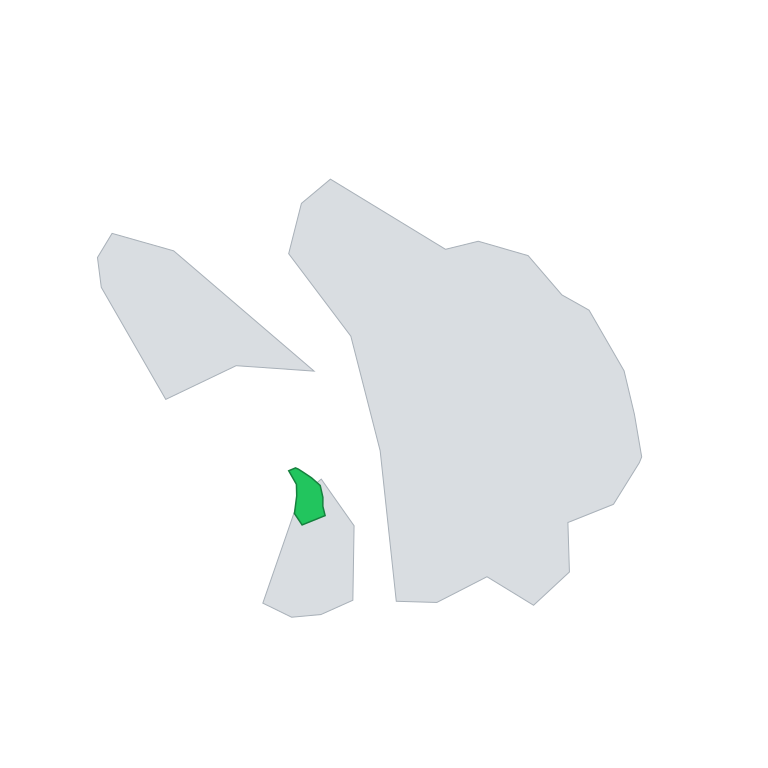 where Central and Western sits in Hong Kong S.A.R., rotated 60°
{"feature_id": "HKG-5153", "entity_name": "Central and Western", "entity_type": "state/province", "adm_level": 1, "iso_a3": "HKG", "parent_name": "Hong Kong S.A.R.", "parent_adm1": "", "projection": "orthographic", "projection_center": [114.135, 22.273], "detail": "fine", "context": "in_parent", "style": "filled", "palette": "green", "viewbox_px": 768, "rotation_deg": 60, "n_neighbors": 0, "source": "natural_earth", "source_scale": "10m", "svg_char_len": 870}
<svg xmlns="http://www.w3.org/2000/svg" viewBox="0 0 768 768"><g transform="rotate(60 384 384)"><path d="M307.5,231.0L310.5,228.1L344.9,195.0L395.8,185.4L422.6,169.5L492.6,169.5L535.5,182.3L576.0,197.3L579.8,202.2L602.9,245.4L595.9,294.0L639.5,317.4L650.4,365.1L602.4,391.2L599.6,447.5L578.3,482.0L439.9,420.7L326.0,388.8L223.5,401.4L186.3,365.2L179.8,328.0L298.1,263.4L307.5,231.0ZM288.2,580.7L158.9,580.5L131.2,568.9L117.6,544.2L163.5,499.6L337.9,438.1L294.2,502.9L288.2,580.7ZM539.8,580.6L513.2,598.5L439.6,513.6L435.0,485.9L491.8,480.8L555.7,519.1L552.1,553.9L539.8,580.6Z" fill="#d9dde1" stroke="#a8b0b8" stroke-width="1"/><path d="M411.5,509.9L412.4,502.6L414.8,500.8L420.0,498.1L429.2,493.6L440.0,490.0L451.6,493.6L459.3,498.1L468.5,500.8L465.1,525.4L451.4,526.3L437.2,515.5L427.1,510.0L411.5,509.9Z" fill="#22c55e" stroke="#15803d" stroke-width="1.5"/></g></svg>